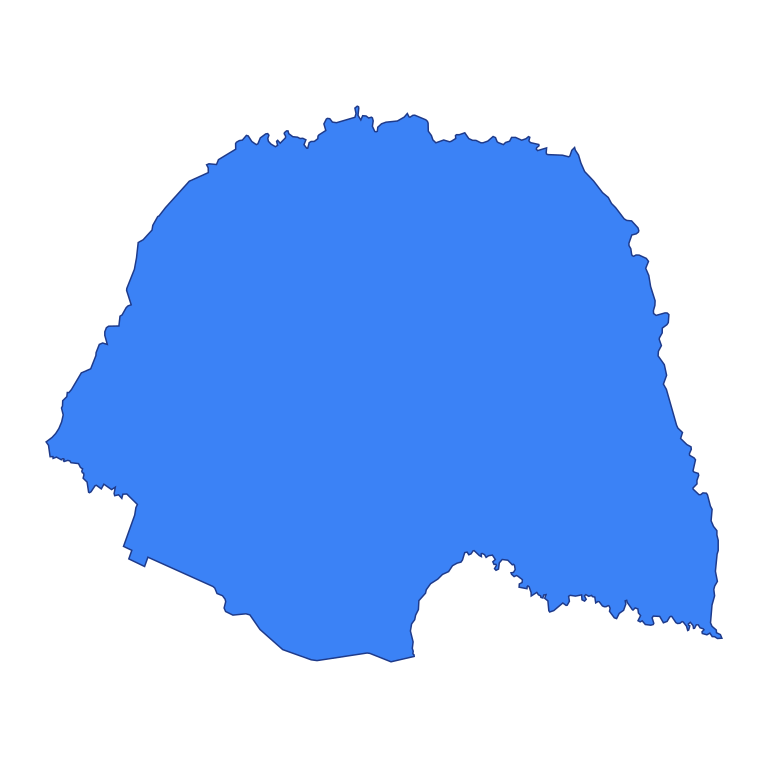 Makueni, Eastern, Kenya
{"feature_id": "3690345B23299491685856", "entity_name": "Makueni", "entity_type": "district", "adm_level": 2, "iso_a3": "KEN", "parent_name": "Kenya", "parent_adm1": "Eastern", "projection": "robinson", "projection_center": [37.731, -1.955], "detail": "fine", "context": "isolated", "style": "filled", "palette": "blue", "viewbox_px": 768, "rotation_deg": 0, "n_neighbors": 0, "source": "geoboundaries", "source_scale": "gbopen_adm2", "svg_char_len": 6086}
<svg xmlns="http://www.w3.org/2000/svg" viewBox="0 0 768 768"><path d="M126.8,288.4L126.6,290.4L131.2,304.8L128.0,305.9L126.2,307.6L122.1,314.9L120.0,316.2L118.9,326.0L108.6,326.2L106.4,327.7L104.8,331.8L104.8,335.4L107.3,344.4L102.7,343.0L99.3,344.4L96.1,352.6L95.9,355.6L90.7,368.8L81.3,372.9L71.5,389.5L68.9,392.6L67.3,392.5L66.8,396.7L62.7,400.7L62.5,406.0L61.5,408.0L63.2,414.9L61.6,422.0L58.9,428.5L55.7,433.5L52.1,437.4L46.1,441.9L48.5,445.3L50.1,456.7L52.9,456.6L53.1,458.4L56.5,457.1L61.3,459.8L62.4,458.8L63.7,458.8L64.1,459.8L63.4,460.7L64.1,461.5L67.7,460.4L69.7,460.8L71.0,462.7L78.5,463.6L80.5,467.5L82.6,468.8L81.8,471.2L82.4,472.8L83.6,473.2L83.9,475.0L83.1,478.2L87.1,482.1L88.6,492.2L89.5,492.7L91.0,491.8L95.1,485.7L96.4,485.3L101.3,488.9L103.9,484.2L111.6,489.6L115.3,487.2L114.1,493.5L114.7,495.7L118.6,494.8L121.8,498.4L122.9,494.2L126.8,494.0L137.4,504.5L135.9,507.6L134.7,515.1L123.5,546.4L131.8,550.3L128.8,558.9L144.6,566.5L147.9,557.2L213.0,586.5L214.8,588.1L217.0,593.5L222.5,595.7L225.1,599.2L225.7,601.7L224.1,608.0L225.6,611.5L232.9,615.1L245.9,613.8L249.9,614.9L260.0,629.5L282.7,649.6L311.2,659.8L317.0,660.6L367.1,653.0L369.9,653.4L391.0,661.8L414.2,656.4L414.0,654.8L412.9,653.8L413.2,651.2L412.3,648.4L413.1,641.9L410.4,631.0L411.6,623.9L414.7,619.7L415.6,615.2L418.4,609.6L418.9,600.6L425.5,593.2L426.3,589.7L430.6,583.7L437.8,579.1L442.5,574.4L448.6,571.6L452.5,565.7L457.2,563.1L461.0,562.1L462.5,559.9L464.7,552.6L467.1,552.1L468.8,554.8L471.1,553.8L473.0,550.9L474.1,550.6L479.3,555.5L481.4,556.6L481.1,553.9L482.0,553.4L484.5,554.6L486.1,557.4L488.6,555.7L492.4,555.1L495.3,559.5L492.8,561.8L494.0,564.4L495.9,564.3L496.4,565.4L494.5,568.7L496.0,570.3L498.5,569.1L499.3,562.9L502.2,559.5L507.8,560.2L512.3,564.8L513.5,564.3L514.5,565.4L515.2,569.5L513.5,572.4L511.0,572.8L511.6,574.3L514.1,576.6L516.4,575.5L517.9,576.2L522.4,579.7L522.1,582.5L519.3,584.0L519.1,587.2L527.0,588.7L527.2,586.5L527.9,585.9L529.1,586.8L531.1,592.5L531.2,596.0L536.8,592.4L538.4,594.8L540.5,595.8L540.9,597.4L542.9,598.0L543.7,595.0L546.0,594.6L544.7,598.3L547.9,600.9L548.8,610.7L549.7,612.0L553.8,610.6L562.8,603.0L566.1,605.4L567.2,605.2L569.4,601.3L568.6,596.3L570.2,595.3L575.5,596.1L581.6,594.9L582.0,599.8L584.6,601.1L586.2,599.3L584.4,595.9L585.9,594.6L588.7,596.3L591.6,595.4L592.4,596.6L594.8,597.1L595.7,602.9L598.0,601.5L599.2,601.7L602.4,605.9L604.2,606.7L606.1,606.7L608.2,605.6L609.1,606.0L610.1,608.3L609.5,611.3L614.3,617.8L616.6,618.6L619.2,613.4L623.6,610.3L625.8,604.1L625.2,600.8L626.7,600.3L627.3,602.5L632.2,609.5L633.0,610.1L635.2,607.9L637.9,608.9L638.4,612.9L640.6,615.6L638.0,620.7L640.2,621.9L642.2,620.8L645.3,624.5L650.8,625.2L653.2,624.5L653.8,623.3L652.1,617.9L653.3,616.1L659.7,616.4L663.4,622.8L667.1,621.4L669.7,617.0L670.9,616.3L671.8,616.5L675.9,622.6L677.5,623.5L679.9,623.3L682.1,621.6L683.3,622.1L686.5,626.2L687.7,630.5L688.6,630.1L689.6,626.8L689.8,625.8L688.6,625.3L688.3,624.0L690.3,622.3L693.0,625.5L693.5,628.4L694.5,628.3L696.3,624.8L698.2,624.8L700.1,627.8L703.2,628.8L704.0,629.8L702.0,631.8L702.3,633.5L706.9,634.8L709.9,633.1L712.2,636.6L714.6,636.7L717.5,638.5L721.9,638.2L720.4,634.6L716.5,632.7L716.3,630.0L712.0,626.3L710.5,622.8L712.0,605.1L714.6,595.8L713.8,589.5L714.7,586.0L717.4,581.4L715.4,571.3L717.1,554.1L718.2,550.6L718.2,540.3L716.9,535.0L716.9,530.7L713.5,526.4L711.1,520.8L712.1,509.3L710.4,506.1L707.5,494.9L706.4,493.2L702.9,492.9L700.8,494.6L699.0,494.7L693.1,489.1L693.0,488.0L697.0,483.9L696.9,480.6L698.7,475.3L698.2,473.4L694.1,472.1L693.0,470.9L695.5,459.8L694.1,457.9L689.6,455.3L689.4,453.7L691.3,449.3L691.0,446.8L686.9,444.6L680.6,438.5L682.5,432.5L677.9,428.1L676.6,425.3L666.4,389.4L663.4,384.1L666.6,375.3L664.3,364.6L658.1,355.9L658.4,351.3L661.4,345.6L659.2,339.3L659.4,337.9L662.2,332.9L662.3,328.1L666.9,324.7L668.3,322.6L668.9,314.6L667.2,313.0L665.0,312.9L656.1,315.4L653.6,313.5L653.4,310.7L654.9,305.4L655.1,300.8L650.6,286.5L648.8,275.5L645.7,268.3L648.5,261.4L646.3,258.4L639.1,255.1L636.0,255.0L633.7,256.3L632.2,255.6L631.6,254.2L630.8,248.7L629.0,245.6L628.9,243.3L631.8,235.0L636.3,233.8L638.4,232.1L638.8,230.7L638.0,227.9L631.6,220.9L626.7,220.4L624.1,218.8L615.6,207.6L611.5,203.5L608.3,197.5L602.5,192.6L593.6,181.0L584.6,171.5L580.9,163.0L578.5,155.0L575.3,150.1L574.6,147.5L571.8,150.3L569.9,156.0L568.7,156.8L562.5,155.2L547.8,154.6L546.5,154.0L546.2,152.6L546.6,147.9L537.6,150.6L536.3,149.1L536.7,147.7L539.0,145.8L538.8,144.5L530.4,142.6L528.9,140.8L529.8,137.3L528.5,136.6L526.0,138.7L521.7,140.2L515.5,137.4L511.6,137.4L509.6,141.2L505.5,142.5L503.4,144.6L498.3,142.6L497.1,141.7L495.5,137.6L493.1,136.5L487.8,141.1L483.0,142.8L480.9,142.8L476.0,140.4L472.5,140.3L468.8,138.6L464.8,132.8L459.3,134.7L456.5,134.7L455.5,135.5L455.7,138.5L451.2,141.3L449.6,141.8L443.7,140.0L435.9,142.8L432.9,139.9L431.4,135.5L428.3,131.2L428.1,123.1L427.4,121.3L425.8,119.8L414.8,115.2L412.9,115.3L410.0,117.2L409.0,116.8L407.3,113.5L404.2,117.1L397.4,121.0L385.9,122.2L381.5,123.8L377.8,127.2L377.3,131.3L376.1,131.8L374.8,131.5L372.4,126.3L373.2,120.9L372.4,117.9L371.4,117.2L368.7,118.0L366.1,116.0L362.7,115.7L360.8,120.0L358.0,115.3L358.8,108.2L358.5,106.7L357.2,106.2L354.9,108.1L356.0,113.6L354.9,117.3L336.5,122.7L332.4,122.1L329.8,118.7L327.4,118.4L326.3,119.1L323.9,123.9L325.8,130.5L318.9,134.9L318.0,136.1L317.8,138.7L314.3,141.4L311.1,141.5L309.2,142.6L307.7,148.2L306.7,148.2L304.0,144.7L305.9,139.8L302.8,138.3L300.0,138.5L297.6,137.2L292.8,136.7L288.8,133.7L288.0,130.9L286.5,130.9L284.5,132.6L284.2,133.7L285.6,136.1L285.5,137.8L280.2,143.2L277.7,140.3L276.6,141.3L277.6,145.4L275.4,146.7L271.0,144.1L268.4,141.3L267.8,138.4L268.9,135.2L267.7,133.6L265.7,133.9L260.3,137.9L257.9,143.8L256.3,144.6L251.8,141.5L248.2,135.9L246.4,135.4L242.4,140.1L239.3,140.6L236.5,142.2L235.6,143.5L235.7,149.2L218.5,159.6L216.5,164.5L208.9,163.8L206.6,164.8L208.2,167.8L208.3,172.6L189.3,181.2L165.5,207.6L159.0,216.0L157.7,216.6L152.8,225.3L152.0,230.1L143.1,239.8L138.2,242.5L136.5,257.9L134.4,269.3L126.8,288.4Z" fill="#3b82f6" stroke="#1e3a8a" stroke-width="1.5"/></svg>